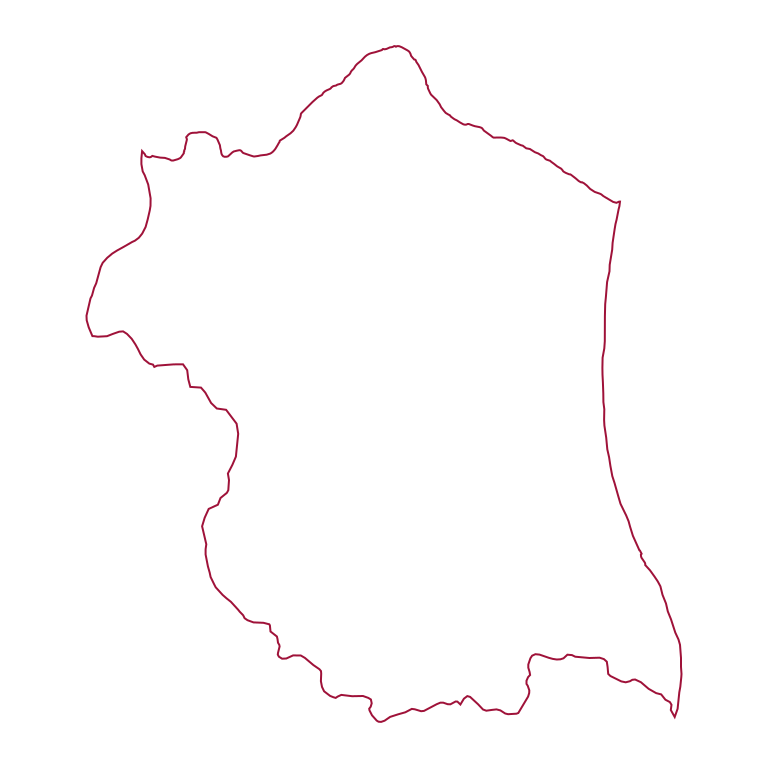 outline of Ngeun, Xaignabouri, Laos
{"feature_id": "54806243B6650440767024", "entity_name": "Ngeun", "entity_type": "district", "adm_level": 2, "iso_a3": "LAO", "parent_name": "Laos", "parent_adm1": "Xaignabouri", "projection": "robinson", "projection_center": [101.129, 19.732], "detail": "fine", "context": "isolated", "style": "outline", "palette": "rose", "viewbox_px": 768, "rotation_deg": 0, "n_neighbors": 0, "source": "geoboundaries", "source_scale": "gbopen_adm2", "svg_char_len": 6044}
<svg xmlns="http://www.w3.org/2000/svg" viewBox="0 0 768 768"><path d="M620.0,201.6L619.2,201.6L616.4,202.8L613.1,201.9L603.5,196.2L601.3,194.4L599.9,193.7L594.7,191.9L590.1,188.9L586.8,185.5L583.9,183.2L581.9,182.2L581.2,182.4L580.4,182.0L578.7,181.0L575.7,178.4L570.9,174.7L570.1,174.3L569.2,174.3L565.8,172.9L564.2,172.0L563.2,171.3L562.5,170.2L561.2,168.7L557.1,166.3L554.1,163.9L551.2,161.8L550.1,160.8L546.8,159.7L545.8,159.2L544.8,158.2L544.3,157.4L543.0,156.1L540.8,155.1L538.3,153.5L534.9,152.2L529.9,149.0L526.2,148.3L522.8,145.7L520.9,145.2L516.7,143.3L515.6,142.7L513.1,140.5L512.6,140.3L510.7,141.0L509.9,140.7L506.2,138.7L504.4,137.9L502.9,137.7L500.4,137.5L493.6,137.6L492.6,137.1L491.2,135.9L483.9,130.6L482.4,128.6L481.8,128.0L481.0,127.6L479.5,127.1L474.9,126.2L472.7,125.5L468.8,124.0L467.7,124.0L466.3,124.6L465.5,124.7L464.4,124.6L463.3,124.3L460.1,122.5L456.7,120.3L454.6,119.3L453.4,118.5L450.6,116.4L450.3,115.7L449.9,115.3L448.3,114.5L445.7,112.9L443.9,110.8L441.1,107.2L439.7,104.3L436.7,100.1L431.1,94.7L430.3,93.4L428.0,88.5L427.8,87.3L427.8,85.9L426.3,84.4L425.9,80.2L425.4,78.2L424.9,77.0L421.9,71.8L418.5,65.0L416.4,62.0L415.6,60.0L415.2,59.7L414.2,59.5L412.2,57.2L411.1,55.8L410.4,53.6L409.4,51.9L408.7,51.2L407.5,50.4L401.9,47.3L399.5,46.3L398.3,46.1L397.3,46.1L396.4,46.4L396.0,46.7L395.6,46.6L395.2,46.2L394.2,46.1L392.7,46.9L391.6,47.2L389.9,47.4L386.6,48.9L384.7,49.3L383.1,49.0L382.6,49.2L382.2,49.8L381.5,50.2L375.2,52.2L371.3,53.1L369.3,53.8L367.1,55.0L365.2,56.5L364.1,57.6L361.6,60.3L357.2,63.9L355.6,65.6L353.9,68.4L352.9,69.5L352.0,70.3L351.0,71.6L350.1,73.5L349.2,74.6L345.0,77.9L344.1,79.9L343.4,81.1L341.8,83.0L340.6,83.8L337.9,84.5L336.9,84.9L336.1,85.5L333.3,86.1L331.4,87.4L330.8,88.3L329.8,89.0L326.6,90.4L324.9,91.4L323.4,92.7L322.3,94.4L321.8,95.1L319.0,96.5L317.3,97.7L312.5,102.0L301.4,113.1L300.9,113.9L300.6,115.9L300.3,117.1L297.0,124.8L295.7,127.2L293.3,130.7L290.5,133.3L286.2,136.3L284.4,137.8L279.9,140.6L279.6,141.2L279.5,142.0L278.6,143.3L277.7,145.0L275.4,148.8L274.3,150.2L272.9,151.7L271.4,152.9L270.2,153.6L266.7,154.7L260.6,155.4L257.9,156.0L254.3,156.5L253.4,156.4L250.2,155.4L243.8,153.2L242.8,152.7L241.2,150.8L240.3,150.3L239.3,150.2L236.8,150.7L233.7,151.5L232.2,152.5L228.1,156.3L226.8,156.7L224.7,156.8L223.2,156.3L222.3,155.3L221.7,154.3L221.3,152.9L220.9,150.2L220.6,149.3L220.3,148.0L219.9,145.2L217.4,139.4L216.4,137.8L212.6,136.3L208.7,133.9L206.1,132.5L205.2,132.2L203.9,132.2L199.0,132.2L196.8,132.7L192.7,132.8L190.4,133.3L188.5,134.5L186.2,137.2L186.9,139.2L186.7,140.4L185.2,146.4L185.0,148.8L184.2,150.5L184.2,151.6L183.8,152.1L183.8,153.3L180.8,157.5L179.9,158.2L177.8,159.2L173.3,160.5L171.6,160.5L170.6,160.1L169.8,159.5L164.9,157.9L160.1,157.6L154.9,156.6L152.3,155.9L151.4,156.7L149.9,157.3L148.3,157.1L147.2,156.8L145.6,156.0L144.8,154.2L142.1,151.1L141.4,158.2L141.4,164.1L142.7,171.4L144.7,175.2L148.2,184.5L150.6,198.3L150.5,205.9L149.7,210.7L147.7,219.4L145.6,227.0L142.2,233.6L138.8,237.8L134.9,240.7L132.1,242.0L123.6,246.9L117.1,250.5L112.2,253.6L107.2,257.8L102.7,262.8L100.6,267.2L96.2,283.3L94.1,287.9L92.0,295.5L90.5,298.4L86.5,315.7L86.7,320.3L88.7,327.3L92.4,336.1L94.4,336.2L97.8,336.7L107.0,336.2L112.6,334.0L119.2,331.7L123.1,331.4L127.0,333.9L131.7,338.8L135.4,344.4L138.0,349.1L140.6,354.4L144.2,359.6L149.3,363.6L153.0,364.6L154.3,366.9L157.3,365.6L173.4,364.4L178.7,364.3L183.0,364.3L187.2,370.2L188.3,379.3L190.3,386.9L201.0,387.6L205.3,392.6L211.1,403.0L216.8,408.5L226.1,409.8L236.6,423.7L238.2,433.8L235.9,456.6L232.4,464.8L227.9,473.5L229.0,480.1L228.3,490.2L226.9,492.8L220.5,498.0L217.9,504.7L208.7,508.9L204.7,517.7L202.1,526.3L206.3,544.3L205.6,549.2L205.6,554.5L207.9,566.3L209.7,572.7L210.6,577.0L214.2,584.4L215.7,587.3L222.6,594.9L226.6,598.4L230.9,601.8L238.2,609.8L239.8,611.8L243.2,615.3L244.6,618.2L247.5,620.2L253.5,622.4L263.4,622.8L269.3,624.3L269.9,625.4L270.5,631.5L276.9,636.5L277.5,639.0L278.0,642.7L279.3,644.9L279.6,646.5L278.0,652.9L277.8,654.6L278.9,656.7L282.1,658.7L286.3,658.5L293.1,655.4L300.8,655.5L304.9,657.9L313.3,665.0L319.4,669.2L321.0,671.1L321.2,673.6L320.9,681.2L322.0,686.9L324.1,691.3L330.1,695.9L333.3,697.2L335.7,697.9L337.6,696.6L341.3,694.9L352.1,696.2L363.0,696.0L368.3,697.9L370.9,699.5L371.7,703.3L370.7,706.7L369.2,708.7L369.5,710.4L372.0,715.3L376.7,720.6L378.5,721.7L381.1,721.9L384.6,720.7L390.1,716.9L398.2,714.3L405.3,712.3L411.8,708.9L414.8,709.3L421.1,711.2L424.0,710.9L436.7,704.2L440.3,702.7L443.3,702.7L447.7,704.2L450.4,704.3L455.6,701.5L457.4,701.6L460.4,704.5L463.9,698.7L467.3,696.1L470.1,696.9L478.1,704.3L483.0,709.5L486.3,710.7L492.0,709.9L496.5,709.4L500.4,710.4L505.2,713.5L508.1,714.2L516.4,713.7L518.3,713.0L528.1,696.6L529.2,693.0L529.3,690.3L527.7,685.7L526.5,683.9L526.5,680.7L528.1,677.1L530.1,675.0L529.6,672.0L528.3,667.7L528.3,664.5L530.4,658.3L532.1,655.7L535.4,654.2L539.5,654.6L548.8,657.8L552.8,658.9L556.7,659.5L560.4,659.3L563.5,658.3L567.4,654.7L572.0,655.1L575.2,656.7L589.4,658.0L599.6,657.7L603.9,659.1L606.8,661.7L607.6,667.0L608.2,673.9L610.4,676.0L621.3,681.4L625.7,682.3L630.0,681.2L632.3,679.8L635.1,679.5L640.9,682.2L648.6,688.8L656.1,693.1L661.2,694.4L665.4,699.7L669.9,702.1L671.5,704.8L670.8,710.0L674.7,717.0L677.6,708.8L679.3,692.3L680.3,686.8L681.3,677.0L681.5,674.0L681.0,666.9L681.0,657.9L680.0,644.8L678.5,639.5L675.3,632.6L671.0,619.3L667.8,611.4L666.0,603.5L662.5,594.8L660.4,586.3L657.8,581.5L654.6,576.7L650.0,570.3L645.2,565.0L645.3,564.1L644.9,562.7L641.4,557.6L641.0,556.1L640.9,554.5L641.6,553.8L639.9,550.5L639.4,550.3L632.9,535.8L630.1,526.8L628.6,521.3L626.2,515.5L620.5,503.8L618.3,496.3L614.5,482.9L612.3,476.1L610.4,465.9L609.1,457.3L607.3,449.3L606.2,437.6L604.4,425.5L604.1,420.0L604.3,409.2L603.4,402.1L603.3,393.5L602.9,382.4L602.5,374.5L602.4,367.8L602.6,357.7L604.3,348.4L604.8,341.3L604.9,316.1L605.2,304.1L605.9,296.9L607.1,282.0L609.5,271.3L609.7,264.8L612.2,249.6L612.6,242.9L614.6,229.4L615.5,224.0L616.6,219.6L618.6,209.3L619.4,206.3L620.0,201.6Z" fill="none" stroke="#9f1239" stroke-width="2"/></svg>